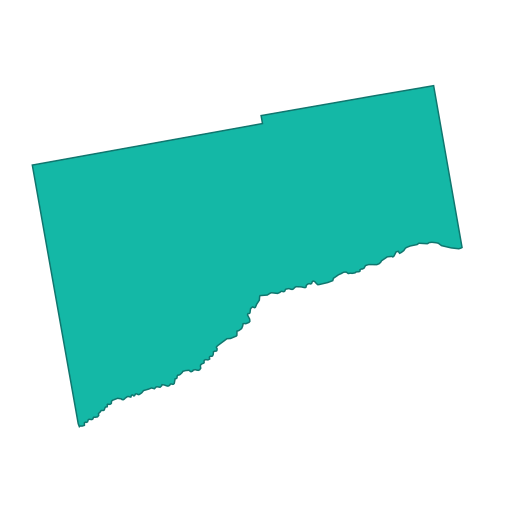 outline of Wilkin, Minnesota, United States of America, rotated 260°
{"feature_id": "52423323B40322351115851", "entity_name": "Wilkin", "entity_type": "district", "adm_level": 2, "iso_a3": "USA", "parent_name": "United States of America", "parent_adm1": "Minnesota", "projection": "natural_earth1", "projection_center": [-96.658, 46.326], "detail": "fine", "context": "isolated", "style": "filled", "palette": "teal", "viewbox_px": 512, "rotation_deg": 260, "n_neighbors": 0, "source": "geoboundaries", "source_scale": "gbopen_adm2", "svg_char_len": 3118}
<svg xmlns="http://www.w3.org/2000/svg" viewBox="0 0 512 512"><g transform="rotate(260 256 256)"><path d="M228.6,460.4L392.9,460.5L393.2,402.0L393.4,285.4L385.3,285.4L384.4,51.5L121.7,51.8L118.6,52.4L118.9,52.9L119.1,53.8L118.7,55.1L119.0,57.6L121.6,58.1L122.0,59.2L121.6,60.1L121.9,61.3L123.8,62.3L124.2,63.2L123.4,65.9L123.9,67.1L125.3,67.9L125.4,68.3L125.1,69.6L125.1,71.1L125.1,72.0L126.3,73.4L128.2,73.5L129.6,75.7L130.3,76.2L130.7,76.8L130.4,79.0L130.7,79.8L132.7,80.9L133.4,81.6L133.3,83.2L134.1,83.6L135.5,83.7L135.8,84.1L135.3,86.2L135.5,87.2L136.1,88.0L137.9,88.4L138.8,89.5L139.9,95.0L138.7,98.5L137.9,99.1L137.5,100.2L137.9,101.4L138.6,102.3L139.8,104.8L139.9,105.6L138.8,108.2L140.3,109.1L140.7,109.9L140.6,110.4L139.5,111.2L139.5,111.6L139.5,112.1L141.0,113.3L141.0,114.5L139.9,116.0L139.9,117.1L141.1,119.7L143.0,121.9L143.6,127.4L144.2,130.2L142.9,132.9L144.4,135.0L144.4,135.9L143.4,138.7L144.6,140.6L145.6,141.1L145.0,143.1L143.3,146.1L143.2,147.3L143.7,148.6L144.6,149.3L144.8,150.0L144.1,151.7L144.1,152.5L144.8,153.4L149.1,155.0L149.2,156.6L150.2,157.2L151.5,157.5L151.9,157.9L152.3,158.4L152.1,159.3L152.5,160.7L154.1,163.1L155.1,163.9L155.4,166.6L155.1,170.2L153.5,171.5L153.3,172.1L153.7,173.7L154.3,174.0L154.5,174.6L154.6,176.4L153.8,178.1L153.4,179.5L153.7,180.7L155.1,182.1L157.1,182.1L158.5,182.6L159.3,184.4L159.6,186.0L160.1,186.4L161.7,186.6L162.4,187.1L162.7,188.5L162.1,190.3L162.1,191.1L162.6,192.5L164.4,192.5L164.9,192.9L165.2,193.9L164.9,195.0L165.1,195.8L166.3,196.7L169.1,197.5L169.5,199.0L169.2,200.0L169.6,201.0L171.3,201.6L172.8,201.1L173.5,201.4L174.6,203.1L179.6,213.0L179.2,216.6L180.6,222.8L181.2,223.4L185.3,224.2L185.5,226.1L187.0,229.2L189.3,230.7L191.5,231.5L191.6,232.5L191.1,234.2L191.8,237.5L192.7,238.6L194.9,238.8L199.4,237.4L200.7,238.1L200.6,239.5L201.1,240.2L205.1,241.5L206.5,243.7L205.3,245.7L205.6,246.5L208.4,248.3L211.9,251.6L215.6,252.6L216.3,253.1L215.6,260.3L217.0,263.8L217.1,265.0L215.4,270.7L216.0,273.2L216.6,274.0L216.8,275.0L216.0,277.2L216.5,278.3L217.7,279.0L218.2,279.8L218.2,282.8L217.1,284.8L216.8,286.0L217.0,286.9L218.5,289.1L218.8,290.2L217.8,295.0L216.6,297.9L216.3,298.9L216.7,299.9L218.3,300.4L219.0,301.5L219.5,302.6L219.5,303.7L219.0,304.8L219.2,305.9L220.1,306.5L220.9,306.9L221.2,307.4L221.4,308.0L221.2,308.5L220.9,308.9L220.2,309.7L219.2,310.2L217.1,311.7L216.9,312.7L217.4,322.0L218.4,327.3L220.6,328.4L223.2,334.0L224.1,337.7L224.4,337.9L224.8,339.9L224.5,342.0L224.1,342.5L222.7,343.8L222.7,346.1L222.2,347.6L222.2,350.6L222.8,351.7L222.9,352.2L222.8,353.3L222.7,354.0L222.7,354.8L222.8,355.3L223.2,355.9L223.8,355.9L224.4,356.0L225.0,358.0L224.7,358.4L225.2,360.2L226.5,361.3L227.5,362.1L227.8,363.6L228.0,365.6L226.5,373.4L227.0,375.8L228.1,377.6L229.5,378.8L232.4,385.2L232.0,389.7L231.3,390.6L232.0,391.9L235.7,394.7L235.9,396.9L233.7,397.9L234.3,399.8L235.7,402.5L237.8,404.5L238.4,406.2L239.1,409.7L239.3,416.7L240.3,418.6L238.4,426.6L238.4,427.2L239.1,428.7L239.0,431.5L237.7,435.9L236.9,437.8L234.0,440.5L230.1,449.6L227.9,457.0L228.2,459.2L228.6,460.4Z" fill="#14b8a6" stroke="#0f766e" stroke-width="1.5"/></g></svg>